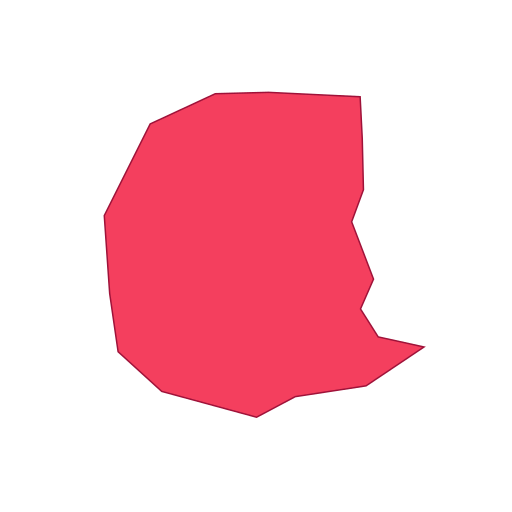 Dyo Potamoi, Cyprus (Mercator projection), rotated 242°
{"feature_id": "46923920B69592041186855", "entity_name": "Dyo Potamoi", "entity_type": "district", "adm_level": 2, "iso_a3": "CYP", "parent_name": "Cyprus", "parent_adm1": "", "projection": "mercator", "projection_center": [33.085, 35.242], "detail": "fine", "context": "isolated", "style": "filled", "palette": "rose", "viewbox_px": 512, "rotation_deg": 242, "n_neighbors": 0, "source": "geoboundaries", "source_scale": "gbopen_adm2", "svg_char_len": 396}
<svg xmlns="http://www.w3.org/2000/svg" viewBox="0 0 512 512"><g transform="rotate(242 256 256)"><path d="M347.7,422.7L394.6,343.9L418.4,296.2L422.3,224.6L362.9,141.0L291.6,109.2L236.2,89.3L180.7,109.2L113.4,180.8L113.4,224.6L89.7,292.2L96.8,361.6L127.2,325.9L160.2,323.4L180.4,348.9L241.3,356.5L264.1,382.0L309.7,404.9L347.7,422.7Z" fill="#f43f5e" stroke="#9f1239" stroke-width="1.5"/></g></svg>